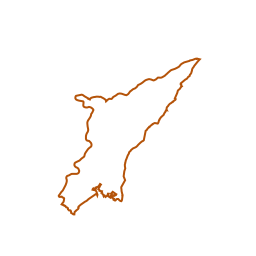 outline of Ungra, Brasov, Romania, rotated 145°
{"feature_id": "2599482B21133330999622", "entity_name": "Ungra", "entity_type": "district", "adm_level": 2, "iso_a3": "ROU", "parent_name": "Romania", "parent_adm1": "Brasov", "projection": "natural_earth1", "projection_center": [25.208, 45.983], "detail": "fine", "context": "isolated", "style": "outline", "palette": "amber", "viewbox_px": 256, "rotation_deg": 145, "n_neighbors": 0, "source": "geoboundaries", "source_scale": "gbopen_adm2", "svg_char_len": 5727}
<svg xmlns="http://www.w3.org/2000/svg" viewBox="0 0 256 256"><g transform="rotate(145 128 128)"><path d="M153.9,182.8L154.1,182.4L154.2,181.5L154.1,181.0L153.6,180.0L152.4,178.5L149.5,175.6L149.5,174.8L150.5,173.5L151.0,173.0L151.8,171.9L151.9,171.5L152.0,171.0L151.9,170.6L151.3,169.6L150.4,168.7L149.4,168.1L148.0,167.7L147.6,167.4L146.9,166.5L146.4,165.7L145.9,163.9L145.9,163.3L145.9,162.9L146.0,162.6L146.5,162.3L148.5,161.1L149.9,160.7L150.5,160.2L151.3,159.4L151.7,159.1L153.0,158.4L156.6,157.0L157.6,156.3L158.0,156.0L158.8,154.9L160.2,152.4L161.3,149.9L162.0,148.9L163.1,148.0L164.9,147.2L165.7,146.7L167.0,145.6L168.7,143.2L168.9,142.3L168.9,142.0L168.8,141.4L168.5,140.9L167.7,140.1L167.3,139.7L167.2,139.2L166.9,137.4L166.9,136.9L167.0,136.4L167.2,135.7L167.5,135.2L168.3,134.3L168.7,134.1L169.4,133.9L170.8,133.9L172.5,133.7L173.5,133.4L176.8,132.2L178.2,131.5L179.9,130.0L180.5,129.7L183.8,129.6L186.0,129.2L186.7,129.2L188.3,129.5L191.0,129.9L191.9,129.7L192.8,128.9L193.2,128.3L193.4,127.4L193.4,126.8L193.0,125.5L192.4,124.6L192.2,124.0L192.0,123.4L192.1,122.7L192.5,121.0L193.1,120.3L193.6,119.9L194.2,119.6L194.7,119.5L196.0,119.7L196.7,120.1L199.5,122.1L200.7,122.8L203.7,123.1L205.3,123.6L205.7,123.5L206.7,123.1L207.3,122.4L208.0,120.5L208.8,119.4L209.9,118.4L211.9,117.0L216.9,114.4L217.4,114.2L219.4,113.8L222.2,112.7L223.3,112.4L223.7,112.1L223.8,111.6L223.8,111.1L223.6,110.8L222.8,110.3L221.9,110.0L221.6,109.7L221.6,109.0L221.4,108.5L220.7,107.7L220.7,107.4L220.8,106.8L222.5,105.0L223.4,104.4L223.9,104.2L225.2,103.9L226.2,103.5L225.7,102.7L224.8,101.0L224.6,101.2L224.0,100.0L224.1,99.7L224.1,98.5L223.5,97.9L223.2,96.7L223.7,96.1L223.8,95.9L223.5,94.2L222.4,93.5L222.4,92.9L222.5,92.4L223.3,91.0L222.8,90.1L222.3,88.6L221.5,88.0L220.7,89.0L219.7,89.9L218.9,89.9L218.3,90.1L218.1,90.0L217.5,90.2L215.7,90.2L214.6,90.6L214.1,91.1L214.2,91.6L213.5,92.0L212.5,92.1L210.6,92.3L205.5,92.3L204.2,92.1L202.6,92.1L202.2,92.3L200.3,92.4L192.2,92.3L191.8,91.5L191.7,90.8L191.8,90.4L191.3,90.8L190.4,93.8L190.3,94.9L190.5,95.7L191.8,97.0L191.7,97.2L192.4,97.8L191.9,98.2L191.1,98.4L191.0,97.4L189.0,96.7L188.8,97.8L185.5,97.0L185.1,97.3L183.0,98.2L182.9,98.0L183.0,97.7L182.7,97.2L184.6,96.4L184.9,96.1L186.4,95.6L186.7,95.3L187.3,94.9L187.1,94.4L187.3,94.3L187.1,93.5L187.0,93.1L187.3,92.8L185.6,91.1L186.9,90.1L186.6,89.8L186.5,89.6L186.4,89.5L186.8,88.6L186.3,86.4L186.9,86.3L186.8,86.0L186.9,85.8L185.9,85.9L185.9,84.4L183.8,84.6L182.3,80.8L181.3,80.7L180.1,78.1L181.0,77.6L180.6,76.6L180.2,76.0L180.0,75.9L179.6,75.9L178.7,76.2L178.2,76.3L177.7,76.1L176.7,75.4L176.4,73.4L176.0,72.5L175.5,71.9L175.0,72.0L174.1,72.6L171.1,75.9L171.3,76.1L170.9,76.5L170.7,76.9L169.5,79.9L168.5,81.6L167.9,82.8L167.3,83.5L160.3,86.9L159.3,90.9L157.1,93.3L155.8,94.7L153.4,96.5L152.5,98.4L151.6,99.8L150.6,100.6L150.4,101.0L149.9,101.3L148.3,102.8L147.1,103.5L143.9,105.7L141.9,106.6L141.1,107.4L140.5,107.6L138.9,107.8L138.1,108.2L135.5,108.4L133.1,107.9L132.1,107.8L130.6,108.0L129.2,108.4L125.9,108.9L124.1,109.0L123.0,108.8L122.1,108.9L115.1,115.6L113.8,115.6L113.5,115.8L111.8,116.4L110.7,116.5L110.3,116.7L110.2,116.5L110.0,116.4L109.9,116.5L108.8,116.8L106.6,117.0L106.2,117.0L105.8,117.1L105.7,116.9L105.0,117.0L103.9,116.9L103.2,116.7L102.0,115.5L101.8,115.4L101.5,114.9L101.1,114.6L100.9,114.6L100.6,114.8L99.9,115.1L98.3,116.4L98.2,116.4L98.1,116.5L97.4,116.7L97.3,117.0L94.8,117.9L93.7,118.0L93.3,118.1L91.3,118.3L89.9,119.2L89.5,119.3L89.0,119.6L88.7,119.6L88.3,119.7L88.0,120.0L87.3,120.2L87.3,120.4L86.8,120.7L86.1,120.8L85.9,120.5L85.8,121.0L85.5,121.5L84.5,122.5L83.8,122.8L82.5,123.0L81.8,123.4L80.0,123.8L79.2,123.8L78.6,123.7L77.8,123.7L77.6,123.8L76.8,123.8L76.6,123.7L76.4,123.8L76.2,123.7L76.0,123.9L74.6,123.9L74.3,124.0L73.5,123.9L72.8,124.0L72.3,124.4L72.3,124.8L72.6,125.4L67.5,128.5L65.9,129.9L65.0,130.2L63.2,130.3L62.3,130.7L61.3,131.0L61.0,131.3L60.7,131.3L60.0,131.3L60.1,131.8L60.0,132.0L59.9,132.3L59.9,132.5L59.7,132.5L59.5,133.0L59.9,133.1L59.9,133.4L59.8,133.5L59.6,133.9L59.2,134.3L53.2,134.8L51.7,134.6L51.1,134.7L49.5,135.3L49.1,135.3L48.0,135.2L47.8,135.4L47.5,135.4L47.3,135.6L46.8,136.1L45.5,136.4L44.6,136.8L43.2,138.0L42.9,138.1L41.8,139.3L40.5,140.0L39.6,140.2L38.1,140.9L33.3,142.3L32.2,142.6L29.8,143.1L31.3,144.8L32.0,145.1L31.9,145.4L33.0,146.0L34.6,146.4L36.0,146.7L38.5,147.8L39.1,147.7L44.3,149.5L47.3,149.8L48.4,149.7L50.9,149.0L52.7,149.1L55.4,149.5L56.5,149.8L58.8,150.5L60.0,150.7L63.8,150.3L64.8,150.1L66.8,149.9L67.9,149.7L70.2,149.9L71.1,150.0L72.1,150.3L72.6,150.6L73.7,151.5L74.6,152.1L77.4,151.8L79.6,152.2L80.0,152.6L80.9,153.9L81.1,154.3L82.5,155.8L83.2,156.2L85.4,156.9L86.5,157.1L89.0,157.0L89.5,156.9L91.6,156.9L93.5,157.1L94.9,157.4L95.5,157.3L96.8,156.7L98.0,156.5L99.4,156.4L101.7,156.9L104.3,156.7L104.9,156.8L106.3,156.4L107.3,156.0L107.7,155.9L108.3,155.7L109.4,155.7L110.5,155.8L111.6,157.0L113.5,159.7L114.9,161.0L116.6,161.7L119.7,161.6L121.2,161.8L123.0,161.8L123.9,161.3L124.9,161.3L126.6,162.7L128.6,162.8L129.5,162.7L129.8,162.5L130.7,162.4L130.4,163.1L130.2,164.0L130.6,165.3L131.2,166.7L132.1,168.4L132.4,169.1L132.9,169.6L133.5,169.8L133.9,170.2L134.5,170.8L135.7,171.6L136.1,171.9L136.9,172.2L138.4,173.0L140.4,173.7L140.8,173.8L141.8,173.7L142.3,173.6L142.9,173.2L143.8,174.7L143.5,174.9L144.1,176.0L144.8,177.6L145.1,178.2L145.5,179.1L145.9,180.4L146.3,181.2L146.9,181.9L152.0,184.1L152.3,184.1L152.8,183.9L153.3,183.5L153.9,182.8ZM176.2,80.1L176.5,80.5L177.7,80.2L177.9,80.7L178.2,80.6L178.5,81.1L179.5,80.7L180.0,81.1L180.6,81.2L181.1,81.1L181.5,82.3L179.1,83.1L179.5,84.0L177.1,84.5L175.8,80.8L175.6,80.4L176.2,80.1ZM183.0,85.0L182.1,85.7L181.6,85.3L182.5,84.5L183.0,85.0Z" fill="none" stroke="#b45309" stroke-width="2"/></g></svg>